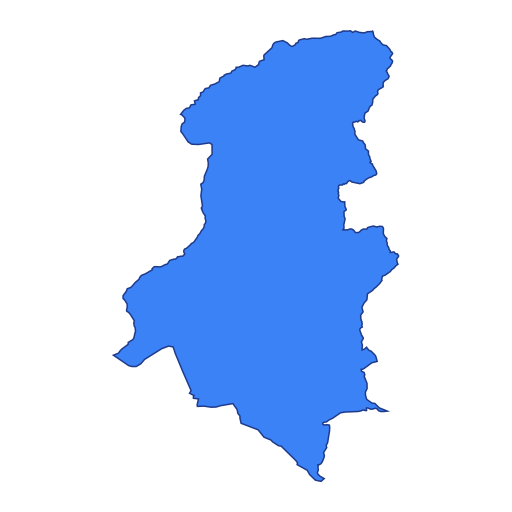 Savarsin, Arad, Romania (Robinson projection)
{"feature_id": "2599482B64767157577380", "entity_name": "Savarsin", "entity_type": "district", "adm_level": 2, "iso_a3": "ROU", "parent_name": "Romania", "parent_adm1": "Arad", "projection": "robinson", "projection_center": [22.304, 46.053], "detail": "fine", "context": "isolated", "style": "filled", "palette": "blue", "viewbox_px": 512, "rotation_deg": 0, "n_neighbors": 0, "source": "geoboundaries", "source_scale": "gbopen_adm2", "svg_char_len": 6020}
<svg xmlns="http://www.w3.org/2000/svg" viewBox="0 0 512 512"><path d="M387.3,411.1L379.2,407.8L374.8,403.4L372.1,403.2L366.7,399.4L365.5,395.2L365.4,392.1L367.1,388.6L367.0,383.3L364.2,376.4L364.8,374.7L364.0,372.4L361.4,371.2L361.2,369.3L362.4,369.3L363.9,368.6L371.8,362.8L377.2,361.4L375.9,356.7L375.1,355.2L371.2,351.2L369.3,350.5L367.2,348.3L366.6,347.2L364.3,349.2L362.0,349.9L362.4,345.3L361.4,341.7L363.1,339.0L363.3,337.9L361.5,334.9L359.8,330.2L359.8,329.2L360.6,328.0L362.3,327.0L361.7,325.6L362.1,324.6L362.0,321.9L361.0,320.0L361.1,319.3L360.6,317.7L360.9,317.2L360.6,315.2L363.1,311.9L361.9,307.3L364.0,303.1L366.9,299.8L367.5,293.8L372.6,290.4L373.9,288.8L376.2,287.0L379.7,283.5L382.0,280.4L381.7,279.3L382.4,276.2L385.2,275.1L390.2,271.6L391.9,269.5L394.4,267.7L395.8,265.8L398.0,264.2L397.4,263.1L396.6,259.6L397.3,257.9L398.4,256.8L398.6,255.8L397.3,253.8L395.7,253.9L394.0,251.9L390.3,252.5L390.4,251.6L390.1,250.6L389.2,249.6L388.7,247.6L387.2,245.1L387.1,242.6L386.5,241.4L386.5,240.2L386.9,238.5L384.6,236.3L383.3,233.5L383.5,228.5L382.9,227.2L382.1,226.4L379.3,226.3L376.7,227.0L373.5,226.0L369.0,227.1L367.6,227.6L366.8,229.1L363.1,229.1L360.9,230.4L359.6,231.9L358.0,232.6L355.4,232.5L353.5,230.0L351.8,229.1L350.2,228.9L347.3,229.9L342.3,229.9L343.5,229.3L343.8,228.7L344.0,227.6L343.8,224.8L345.1,218.8L344.1,216.2L344.0,211.6L346.2,209.9L346.2,209.3L344.9,206.4L344.7,201.8L343.2,201.9L340.9,201.4L338.9,199.1L338.1,197.6L338.9,195.7L338.3,193.7L338.6,192.6L338.3,191.2L337.8,190.8L338.4,188.9L338.8,188.4L338.4,186.4L339.5,185.0L342.3,185.0L342.7,184.9L343.2,183.9L344.4,184.2L345.1,183.6L346.5,183.6L347.8,181.6L349.4,180.6L350.0,180.6L351.8,182.0L359.9,183.7L363.6,182.4L364.3,181.0L366.2,179.4L368.6,177.9L371.6,176.9L374.0,175.4L375.5,175.1L376.5,174.3L376.7,173.2L375.9,170.4L375.0,169.4L374.9,168.8L372.7,165.3L372.4,164.0L370.1,162.8L370.0,162.3L371.1,161.4L370.0,158.7L369.6,156.5L368.5,154.7L368.4,151.1L365.4,148.6L365.4,146.2L365.0,144.5L363.5,142.7L362.7,141.0L358.4,139.8L354.8,134.1L355.0,131.6L354.0,128.2L353.0,126.5L352.6,123.2L353.2,122.3L355.2,121.9L356.0,121.4L356.9,121.3L357.4,121.8L358.4,121.6L359.0,120.9L360.2,120.3L360.8,120.4L361.8,121.5L363.1,122.2L364.4,122.3L364.9,121.8L365.0,120.8L364.1,117.9L364.8,113.3L368.1,111.0L369.5,107.3L370.8,105.8L371.9,105.2L372.6,102.8L372.8,99.6L373.2,98.7L375.4,96.0L377.2,94.8L377.9,93.7L377.6,91.3L378.3,89.7L382.8,87.2L383.2,86.6L383.1,82.9L383.3,82.5L384.9,80.6L387.8,78.9L388.5,78.0L389.1,76.4L389.0,75.9L387.8,74.1L387.2,72.2L386.5,71.7L386.3,70.5L387.0,70.1L387.3,68.7L388.9,67.7L389.2,67.0L390.5,66.0L390.9,64.7L391.9,63.4L392.6,61.5L392.3,60.5L390.1,58.4L389.9,57.5L392.6,53.7L392.0,52.2L390.8,51.4L389.7,49.2L387.1,46.3L386.4,45.6L383.1,44.9L381.3,43.3L379.8,41.0L377.0,39.3L374.4,37.1L373.4,34.2L373.1,32.0L372.6,31.1L371.9,31.5L367.5,31.7L364.1,32.9L359.4,32.4L355.6,31.1L354.7,31.2L352.9,32.5L350.3,30.7L348.6,31.1L342.8,31.0L341.1,32.1L337.1,32.7L335.6,34.6L333.8,34.8L330.5,36.3L325.7,36.5L320.4,38.3L312.0,38.2L306.8,39.3L304.3,38.7L299.2,40.0L298.4,41.0L298.1,42.6L296.1,43.1L294.9,45.0L292.3,46.4L291.7,46.4L289.5,45.1L287.5,43.0L282.9,40.6L275.8,42.0L274.0,43.2L273.0,44.5L271.9,47.8L264.0,55.0L263.8,56.4L264.1,59.7L259.6,61.3L259.1,62.1L258.6,64.6L255.0,67.2L249.8,65.3L247.8,66.0L243.0,65.3L238.7,67.2L236.1,67.3L235.9,68.6L235.1,69.7L231.8,71.2L230.9,73.1L226.1,74.1L225.3,74.8L224.3,75.0L223.8,76.1L220.2,77.9L219.7,78.6L219.4,81.2L219.0,81.8L214.5,84.1L210.5,85.3L209.0,87.8L205.2,88.6L203.0,92.0L200.5,92.9L200.6,95.7L198.6,97.5L198.1,99.9L195.8,100.3L194.4,101.0L195.2,103.7L195.1,104.3L191.2,104.8L190.7,105.3L189.7,107.5L189.2,107.9L186.3,108.4L183.7,110.4L180.6,114.4L181.9,114.9L184.9,118.1L184.9,120.5L184.4,122.3L182.2,123.8L181.2,126.6L180.9,131.6L182.6,133.6L188.1,141.9L191.7,144.2L198.3,144.5L209.5,142.9L212.0,144.5L212.1,154.3L207.6,159.1L208.3,163.1L208.1,166.7L207.0,170.0L204.4,176.1L204.1,180.2L203.1,182.6L200.8,184.2L201.7,189.3L200.9,195.7L202.5,206.2L201.3,208.0L201.6,209.1L202.1,209.2L202.0,210.1L203.4,213.2L205.3,215.9L205.1,218.1L205.9,221.3L205.3,223.5L204.3,224.4L204.2,226.5L203.6,227.8L202.6,229.6L201.7,230.2L199.6,234.0L198.2,235.1L197.2,237.4L194.1,241.8L193.1,242.7L191.2,243.6L190.8,244.4L186.6,248.2L184.5,249.1L183.8,250.6L183.8,252.0L184.8,254.0L182.6,256.3L180.8,256.2L179.0,256.7L177.5,256.7L176.9,258.0L175.3,259.2L173.9,259.1L169.7,260.4L167.4,264.0L165.2,264.6L161.4,266.6L159.9,266.9L155.0,266.6L154.1,266.8L152.1,268.7L152.4,269.7L145.4,273.8L141.6,275.3L140.1,276.8L138.9,279.4L135.3,282.4L132.1,286.2L130.7,287.5L127.3,288.7L126.2,291.4L123.1,295.6L123.0,298.0L123.3,298.9L124.4,299.6L127.1,303.9L127.2,307.3L126.5,310.6L126.9,311.4L128.4,312.2L130.3,314.3L134.3,320.7L133.8,323.0L134.2,325.8L135.2,327.8L135.5,331.6L134.9,333.1L134.0,337.5L132.9,339.6L128.2,342.4L128.2,344.3L121.9,349.0L120.2,350.7L118.5,353.2L113.4,355.2L128.7,365.6L131.8,366.5L136.2,366.5L140.8,363.8L144.6,359.4L161.7,348.7L168.6,346.1L173.1,346.9L175.4,353.7L182.9,371.8L191.1,390.6L189.5,393.3L194.1,395.5L193.4,396.5L193.4,398.3L198.5,398.9L197.1,404.9L197.4,406.4L203.9,406.1L211.1,407.2L216.2,407.0L220.5,405.7L232.9,403.6L237.2,409.7L237.8,413.3L239.9,415.9L240.0,418.5L241.1,423.3L258.1,429.8L264.1,437.3L270.7,439.9L272.9,442.1L278.5,445.7L281.1,446.1L295.9,460.6L297.5,462.7L297.1,464.6L307.2,470.3L309.6,474.5L315.3,480.1L318.3,480.8L321.1,481.3L324.2,478.6L320.0,476.2L317.9,474.1L317.3,472.2L318.2,470.6L318.3,468.9L317.9,467.5L318.2,466.0L317.8,464.8L319.0,464.8L321.0,463.7L322.3,461.8L323.7,458.3L324.4,455.8L323.6,452.5L326.7,447.6L326.2,445.4L327.6,442.7L329.5,431.1L329.7,427.6L329.4,425.1L327.8,424.8L323.7,424.9L322.7,423.9L323.0,422.7L324.1,422.2L326.5,421.9L328.8,420.1L332.8,418.1L340.5,412.8L345.4,412.0L358.0,411.5L361.0,410.9L362.8,410.0L366.1,410.7L366.7,410.2L366.3,408.8L366.5,407.9L368.0,408.0L370.2,409.1L372.7,409.1L375.3,408.2L377.1,408.9L378.5,410.7L380.6,411.5L384.0,411.5L387.3,411.1Z" fill="#3b82f6" stroke="#1e3a8a" stroke-width="1.5"/></svg>